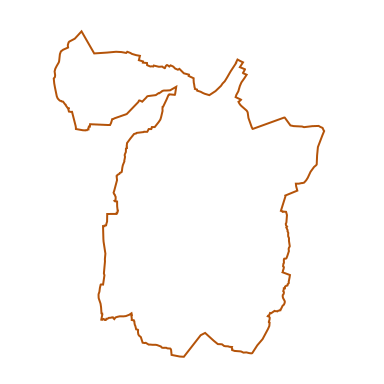 the district of Ban Mo, Saraburi, Thailand, rotated 88°
{"feature_id": "78962969B66109940408415", "entity_name": "Ban Mo", "entity_type": "district", "adm_level": 2, "iso_a3": "THA", "parent_name": "Thailand", "parent_adm1": "Saraburi", "projection": "natural_earth1", "projection_center": [100.715, 14.612], "detail": "fine", "context": "isolated", "style": "outline", "palette": "amber", "viewbox_px": 384, "rotation_deg": 88, "n_neighbors": 0, "source": "geoboundaries", "source_scale": "gbopen_adm2", "svg_char_len": 5887}
<svg xmlns="http://www.w3.org/2000/svg" viewBox="0 0 384 384"><g transform="rotate(88 192 192)"><path d="M254.4,97.2L253.2,97.4L251.8,97.3L250.8,96.9L250.0,96.3L249.5,96.2L244.3,96.8L241.7,96.7L240.7,96.9L240.1,97.3L239.6,97.4L237.4,97.4L236.4,97.2L235.6,97.4L234.8,97.9L233.5,97.8L230.7,99.0L230.0,98.2L228.5,99.2L227.2,99.4L226.8,99.3L226.2,98.9L225.5,98.7L218.4,97.9L215.1,98.7L214.9,100.0L215.0,102.0L214.5,102.0L213.9,103.8L199.4,98.7L198.8,98.9L194.3,86.7L190.0,87.7L187.3,87.9L187.4,84.9L186.9,82.1L186.9,81.1L186.5,79.6L184.3,77.5L181.8,75.8L175.9,72.8L171.3,69.2L169.4,66.8L168.7,66.4L159.8,65.7L151.5,64.6L140.1,59.8L135.7,57.8L134.7,58.4L132.5,59.3L131.3,61.7L130.4,63.1L130.4,69.5L131.1,77.8L130.4,79.7L129.7,88.1L128.9,91.3L120.9,96.7L120.8,97.2L131.1,129.1L131.0,129.3L129.2,130.1L120.0,133.0L114.3,133.6L112.6,134.5L107.9,139.5L106.7,140.6L105.2,141.6L103.5,142.4L102.4,140.8L101.5,139.8L101.4,139.9L98.7,145.1L96.5,144.3L93.0,142.2L87.8,140.5L84.2,138.8L80.0,135.6L76.7,133.3L75.1,136.7L74.8,136.9L71.4,134.8L71.2,134.8L68.9,139.8L64.2,136.5L62.8,139.2L61.2,141.9L64.4,143.6L64.6,143.4L72.8,149.2L78.9,153.0L82.5,155.4L84.7,157.7L86.9,159.3L92.0,165.0L95.8,171.3L94.3,175.8L93.4,177.7L92.1,179.9L90.9,183.3L89.8,183.4L89.1,185.5L88.5,185.4L87.4,185.8L84.5,186.1L82.9,186.4L80.2,186.5L78.4,186.4L75.9,191.3L74.6,191.0L73.1,196.0L68.5,200.3L69.3,201.8L68.0,204.6L66.6,205.8L65.8,206.7L64.7,209.0L65.8,210.3L64.4,212.1L64.3,212.7L64.9,213.5L65.9,214.2L67.2,214.7L67.3,214.9L66.5,216.3L65.6,217.4L65.7,220.7L64.3,225.8L65.2,226.3L65.0,227.9L65.1,229.3L63.7,232.4L61.5,232.5L61.0,236.6L59.8,236.4L58.4,240.5L54.1,239.3L53.3,243.0L51.9,247.2L50.9,248.7L49.6,251.8L50.7,252.8L50.7,253.0L49.7,257.6L49.2,263.0L49.7,272.0L50.1,284.9L27.6,296.8L34.7,303.8L37.4,309.4L38.2,310.1L40.5,310.9L41.6,311.0L43.3,310.8L45.3,315.8L46.9,318.1L49.6,319.2L56.5,320.2L57.8,320.6L61.3,322.8L64.0,324.3L66.7,325.1L70.4,324.7L71.3,324.8L72.5,325.1L73.7,326.2L78.6,325.9L82.8,325.3L91.6,323.8L93.5,323.1L94.4,322.5L95.9,321.1L96.3,320.4L96.5,319.4L96.9,319.2L97.2,317.7L99.8,315.9L100.3,315.2L100.9,315.2L103.9,313.2L103.9,312.2L104.2,312.1L104.7,312.6L105.1,312.7L107.3,312.2L107.7,310.4L107.7,309.1L121.9,306.0L123.5,305.8L125.0,305.8L126.5,298.8L126.7,296.3L126.5,295.9L126.6,294.9L126.3,294.6L125.9,294.0L125.9,293.3L125.2,293.2L124.6,293.4L124.1,293.0L123.0,292.8L123.1,291.8L120.7,291.5L122.1,273.8L122.2,271.6L120.2,270.5L116.4,269.2L116.3,268.1L115.7,267.0L111.8,254.5L100.2,242.5L98.8,241.8L98.7,241.2L99.2,240.0L100.0,238.6L95.9,234.3L95.1,233.7L94.8,233.2L94.6,232.5L93.9,224.8L92.0,221.9L92.2,221.4L90.5,218.7L90.0,218.2L89.6,216.5L89.7,214.5L89.6,210.3L86.3,204.1L93.3,205.4L94.3,205.8L93.6,211.2L94.1,211.4L94.2,212.0L94.4,212.2L98.7,214.2L105.8,217.9L105.9,218.4L107.5,218.6L110.0,218.6L116.2,220.3L118.5,221.1L121.0,222.9L125.8,227.0L125.7,229.9L125.9,230.0L127.2,230.2L127.7,230.5L127.6,233.1L130.0,234.4L130.3,234.7L130.1,237.8L130.4,238.1L131.0,245.3L131.2,245.6L131.5,245.7L132.0,247.9L136.4,251.7L140.8,255.2L143.0,255.5L143.8,255.7L144.0,255.5L145.9,255.5L146.1,256.4L146.3,256.5L149.7,256.7L152.0,257.8L152.9,258.0L154.6,257.7L156.8,258.2L158.4,258.6L159.0,258.5L162.6,260.1L163.6,260.4L165.3,260.8L168.5,261.3L169.7,261.7L170.5,263.5L171.3,263.9L171.9,265.2L172.5,266.1L173.1,266.3L173.4,266.8L177.5,266.5L187.4,269.5L190.0,270.4L191.5,269.8L191.9,269.3L192.6,269.2L194.1,268.5L195.4,268.5L197.4,268.7L197.7,268.9L197.8,269.3L198.1,269.8L198.6,269.3L198.9,267.2L203.7,267.3L207.8,267.0L207.9,266.7L208.9,266.9L210.2,267.4L210.1,268.0L211.3,268.2L211.0,277.5L218.6,277.9L220.6,278.6L222.3,279.0L222.5,280.6L223.1,280.7L223.0,282.1L236.0,282.2L238.6,282.1L250.6,280.7L256.0,281.4L258.4,281.4L270.3,282.9L272.1,282.4L281.4,284.1L281.2,286.2L281.4,286.5L281.7,286.6L284.7,287.4L288.4,288.0L290.8,288.9L291.6,289.0L294.3,289.0L295.1,288.9L300.4,287.3L304.0,286.9L310.1,286.7L310.3,286.0L311.1,286.1L311.3,285.9L316.4,287.1L316.6,286.2L316.5,285.8L315.8,285.0L315.8,284.7L316.9,283.5L316.9,282.8L316.6,282.2L315.7,282.0L315.7,280.8L314.9,279.6L314.8,277.3L314.5,276.5L314.5,275.4L315.5,274.9L316.3,274.1L314.8,272.9L314.6,272.5L314.1,270.7L313.7,268.4L313.9,265.1L313.7,262.4L312.5,259.0L311.1,256.7L313.2,256.3L313.4,256.4L313.6,256.9L316.1,256.6L317.8,256.7L318.1,254.8L318.6,254.8L318.9,254.3L319.4,254.2L319.6,254.1L320.8,254.1L322.7,253.8L323.9,253.3L327.3,252.6L327.7,251.0L328.0,250.7L330.0,250.9L332.5,250.6L333.7,249.9L335.2,248.2L340.9,246.6L341.3,244.6L341.1,243.5L343.0,240.6L343.0,239.3L343.3,237.0L343.4,233.9L343.7,232.4L345.3,228.5L346.4,227.6L346.6,227.1L346.8,225.4L346.7,224.8L346.8,223.1L347.4,222.1L347.7,219.2L348.3,218.7L349.1,218.4L354.1,218.1L356.0,210.0L356.4,205.9L335.4,188.3L333.3,183.8L341.3,175.6L344.9,171.5L345.2,167.8L345.3,167.3L347.0,165.3L347.3,164.0L347.5,161.3L348.0,160.1L348.3,157.5L349.1,157.8L349.9,157.3L350.9,157.5L351.4,157.4L351.7,156.4L352.3,155.1L353.0,148.9L353.2,148.3L354.3,146.2L354.2,143.2L354.9,140.8L355.2,139.4L355.3,138.2L355.2,137.6L355.1,137.4L347.5,132.1L341.5,126.6L331.5,120.8L328.6,119.4L325.2,119.0L324.9,119.7L324.2,119.7L322.4,119.0L320.4,118.7L319.2,119.3L318.8,120.6L318.3,120.3L317.7,119.1L315.6,118.2L315.9,117.1L313.7,113.7L314.0,113.2L314.0,112.0L314.3,110.8L313.7,110.1L313.3,107.8L312.6,107.8L312.2,107.2L308.8,105.4L307.8,104.1L306.6,103.5L305.3,103.1L304.4,103.1L301.1,104.7L299.7,105.0L298.2,104.9L297.5,104.2L296.1,103.7L295.1,103.7L294.3,104.3L292.6,103.7L291.4,103.6L291.5,102.5L289.8,102.3L289.0,101.1L288.8,99.9L288.1,99.6L287.5,99.6L286.5,98.5L286.1,98.4L285.1,98.5L280.9,97.5L278.4,97.0L275.4,104.3L274.9,104.0L273.4,103.8L272.5,103.3L270.5,102.8L270.1,102.9L269.6,103.5L269.4,103.6L266.7,103.1L266.4,102.8L266.0,102.6L263.1,102.6L262.1,102.3L261.9,102.2L261.8,101.9L261.9,101.1L261.8,100.4L261.5,100.0L261.0,99.7L258.8,98.8L254.4,97.2Z" fill="none" stroke="#b45309" stroke-width="2"/></g></svg>